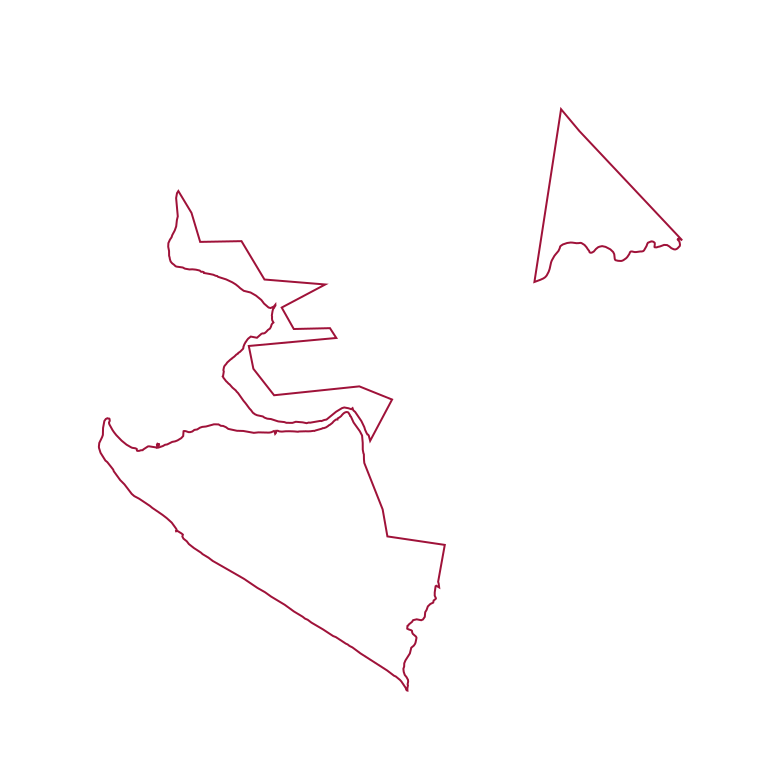 Mapoon, Queensland, Australia, rotated 279°
{"feature_id": "25037944B16136262303417", "entity_name": "Mapoon", "entity_type": "district", "adm_level": 2, "iso_a3": "AUS", "parent_name": "Australia", "parent_adm1": "Queensland", "projection": "albers", "projection_center": [141.958, -12.172], "detail": "fine", "context": "isolated", "style": "outline", "palette": "rose", "viewbox_px": 768, "rotation_deg": 279, "n_neighbors": 0, "source": "geoboundaries", "source_scale": "gbopen_adm2", "svg_char_len": 6142}
<svg xmlns="http://www.w3.org/2000/svg" viewBox="0 0 768 768"><g transform="rotate(279 384 384)"><path d="M312.2,374.6L315.8,373.3L322.5,372.2L329.7,370.4L333.6,367.5L341.2,360.0L346.5,356.5L347.2,355.5L347.6,355.5L350.3,353.2L350.5,352.3L350.4,351.1L349.7,349.8L348.7,348.7L346.9,347.4L345.6,346.7L344.2,345.4L342.7,343.6L341.6,343.6L341.4,342.2L341.1,341.8L339.2,340.1L337.4,339.0L335.0,336.7L334.6,336.0L333.7,335.3L332.1,333.5L331.0,331.5L330.8,330.4L330.1,329.5L327.3,323.4L326.8,322.7L326.6,321.3L325.8,318.7L325.2,315.5L325.1,314.3L323.8,307.4L323.4,306.6L323.1,302.4L322.5,297.6L321.9,294.2L321.0,290.6L320.8,288.1L321.2,286.4L320.9,284.8L319.0,285.0L317.8,284.3L319.9,283.4L320.4,282.7L318.7,280.2L318.0,278.1L316.6,267.6L315.4,263.1L315.6,252.3L314.8,246.0L315.3,237.2L316.6,234.7L317.4,231.7L317.2,229.4L318.2,226.9L317.6,222.4L314.2,214.9L313.2,211.2L312.1,209.1L309.9,206.6L309.0,203.9L307.1,202.1L306.1,200.0L305.9,198.4L306.4,195.6L306.3,193.8L306.0,193.4L301.2,193.8L298.8,192.2L296.0,188.9L294.7,186.7L293.7,183.9L290.4,179.3L289.7,177.2L288.2,175.4L285.9,171.1L285.4,169.3L285.7,168.9L285.7,161.7L285.4,160.6L281.5,156.3L280.9,156.0L280.5,154.2L279.7,152.7L279.4,151.0L279.6,150.4L281.2,149.9L281.6,148.6L281.6,145.3L281.8,144.4L283.8,139.2L287.0,133.7L291.6,127.6L294.0,125.0L296.0,123.1L301.0,119.2L301.9,118.7L303.0,118.4L304.7,118.9L306.5,118.4L306.9,117.8L306.7,116.9L306.9,116.1L305.9,114.7L303.7,113.6L296.6,113.4L289.7,114.3L287.5,113.9L281.2,112.0L277.4,112.2L276.3,112.5L271.7,114.8L264.8,120.8L263.6,122.9L257.1,129.9L255.5,130.8L247.8,138.5L244.3,143.3L236.0,152.0L234.2,154.9L232.4,160.1L226.9,172.0L225.4,174.5L220.2,185.5L217.6,190.3L213.9,196.0L209.2,200.7L208.0,201.8L207.3,202.1L206.5,201.5L206.0,201.7L206.5,203.1L204.7,207.4L203.8,208.9L201.8,208.7L199.9,210.1L197.8,213.8L195.4,216.3L192.3,221.8L188.8,229.6L187.6,231.4L184.9,238.0L182.5,242.4L169.7,276.1L162.8,290.9L159.7,299.1L156.4,305.7L150.4,320.5L145.2,330.7L141.4,340.1L139.9,342.7L139.2,345.5L137.0,349.6L132.1,362.1L127.1,373.2L126.5,376.0L121.6,386.9L121.1,388.8L119.9,390.9L118.9,394.0L114.3,402.8L101.6,431.8L97.4,439.6L97.0,441.3L94.2,446.1L92.9,447.7L87.2,453.0L85.7,453.7L85.0,454.4L84.9,455.1L87.0,454.7L90.1,454.8L91.1,454.3L93.8,454.4L95.5,454.0L98.0,452.1L99.9,450.0L102.8,448.5L105.7,447.7L108.1,448.1L111.3,447.7L114.3,448.4L121.9,451.7L127.8,452.2L130.3,454.4L132.2,455.3L133.6,455.6L137.8,455.8L138.7,455.7L139.6,455.0L141.7,451.6L142.8,450.8L144.6,450.2L145.0,449.5L145.5,446.6L146.0,445.2L148.7,445.0L149.3,445.8L150.1,445.9L153.5,448.9L155.3,449.7L156.7,453.1L156.5,457.7L157.5,459.3L160.4,460.7L165.1,460.4L167.5,461.4L171.2,462.1L174.0,464.2L175.8,466.8L177.9,466.9L179.7,468.6L180.5,468.8L182.9,467.2L186.2,466.7L192.3,466.6L192.9,467.2L191.7,470.3L195.5,469.2L197.1,468.4L234.6,469.2L234.0,411.2L259.9,402.3L302.9,376.9L306.4,376.0L311.5,375.1L312.2,374.6ZM410.0,245.0L407.5,242.7L405.3,241.5L404.3,241.2L403.9,240.8L401.0,239.8L398.4,239.3L397.7,239.5L396.6,239.2L393.2,236.7L391.9,235.2L391.3,235.1L389.9,233.5L387.8,232.0L385.3,229.6L385.1,229.6L384.2,228.6L380.6,225.7L379.4,225.2L377.0,223.7L375.6,223.3L372.6,223.2L371.3,223.8L367.2,223.8L366.2,223.5L365.8,224.1L365.2,224.3L361.9,227.8L361.6,228.4L359.9,230.6L359.6,231.4L356.7,234.9L354.4,238.7L353.6,239.4L352.2,241.3L345.4,247.9L343.5,250.1L338.7,255.0L337.4,256.7L335.2,258.9L334.5,260.0L334.5,260.4L333.9,261.3L333.3,263.6L333.0,269.4L332.1,271.2L331.5,274.1L331.7,277.8L330.5,285.4L330.8,291.5L330.4,293.7L331.3,299.7L332.9,302.8L333.4,309.7L333.2,313.7L334.2,315.8L334.2,317.0L337.6,326.9L337.6,328.0L339.1,330.6L339.9,332.8L349.1,341.0L353.6,346.3L354.6,348.4L354.5,352.6L354.0,355.6L355.2,356.7L353.2,357.8L351.9,359.9L343.8,367.5L338.3,371.3L335.8,372.5L332.8,374.5L331.5,375.6L331.5,376.2L330.7,377.0L325.7,379.2L369.9,394.4L377.8,360.0L355.7,277.2L378.6,252.6L400.4,244.5L422.0,329.7L430.7,321.9L424.2,286.3L443.5,271.0L473.1,310.4L468.5,249.6L502.8,220.9L495.6,180.2L522.9,167.1L542.4,150.7L540.1,149.7L535.1,149.6L517.3,154.1L513.6,153.8L507.2,154.1L502.9,153.3L498.0,151.6L495.6,151.2L493.1,150.0L489.4,149.0L485.8,149.4L481.7,150.9L477.0,151.7L475.6,152.4L473.8,153.0L471.6,154.1L470.1,155.8L468.8,158.2L467.7,159.7L467.5,161.1L467.6,167.0L466.8,169.3L466.7,173.9L467.3,176.8L467.5,180.3L467.3,183.4L467.2,184.3L466.2,185.9L466.5,187.2L466.3,188.4L465.5,188.7L465.4,194.5L465.2,198.4L464.6,200.6L464.5,202.5L463.9,203.3L462.6,211.8L460.7,218.3L459.2,221.9L457.5,224.9L456.1,227.0L454.1,230.9L453.5,237.9L451.3,243.7L447.8,249.7L444.7,252.9L441.5,258.0L441.3,260.1L443.3,263.1L445.4,264.3L444.5,264.5L443.1,263.8L442.2,263.6L440.6,262.7L438.5,262.5L434.1,262.5L432.7,263.0L431.7,263.0L429.5,263.6L427.4,265.2L426.4,264.3L425.2,263.7L423.0,263.4L420.9,262.7L419.2,260.9L417.2,259.6L415.6,258.2L415.1,257.2L415.0,256.2L414.4,255.1L409.8,251.3L410.0,245.0ZM508.3,516.6L511.3,522.0L513.2,524.9L514.7,526.5L516.6,527.7L520.7,529.1L523.6,529.6L530.2,530.0L532.2,530.4L537.1,532.2L538.9,533.2L542.7,535.5L545.5,536.3L547.4,536.5L548.2,537.1L549.8,538.8L551.9,542.8L552.9,546.1L553.1,547.7L553.2,552.2L553.6,554.2L554.1,555.8L554.1,557.0L552.7,560.3L550.7,562.7L549.2,564.0L547.5,565.8L546.4,566.4L546.0,567.1L546.0,567.9L546.4,568.9L547.7,570.5L550.5,572.2L552.6,574.1L553.4,575.5L554.3,577.9L554.1,581.4L552.4,586.5L550.2,589.7L548.2,591.1L543.8,592.3L543.0,592.7L542.5,593.4L542.3,595.9L542.6,598.9L543.0,599.9L543.7,601.0L546.0,603.4L547.4,604.4L550.6,605.9L552.7,606.4L553.4,607.0L553.7,608.1L553.5,611.0L553.7,612.2L554.9,616.1L555.3,618.1L555.8,619.2L556.6,619.9L559.2,620.9L561.3,621.7L563.9,622.2L564.8,622.6L566.7,625.7L566.6,626.4L566.8,627.1L566.3,628.5L565.7,629.3L564.5,629.6L561.7,629.7L561.4,630.1L561.6,631.9L562.3,633.2L563.0,635.0L565.2,638.9L565.5,641.9L564.5,644.3L563.1,646.6L562.4,649.1L562.4,650.5L563.0,651.7L563.9,652.7L566.5,654.5L567.7,654.6L569.4,654.1L570.6,653.6L571.5,652.9L572.1,652.0L572.6,651.5L573.4,651.7L573.9,652.8L572.6,656.0L664.3,537.5L683.1,515.9L508.3,516.6ZM287.6,170.3L288.6,171.4L289.5,171.1L289.4,170.4L289.6,169.6L288.5,169.2L287.6,169.5L287.6,170.3Z" fill="none" stroke="#9f1239" stroke-width="2"/></g></svg>